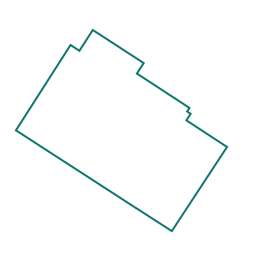 Lincoln, Idaho, United States of America (orthographic projection), rotated 213°
{"feature_id": "52423323B80872944248588", "entity_name": "Lincoln", "entity_type": "district", "adm_level": 2, "iso_a3": "USA", "parent_name": "United States of America", "parent_adm1": "Idaho", "projection": "orthographic", "projection_center": [-114.171, 42.982], "detail": "fine", "context": "isolated", "style": "outline", "palette": "teal", "viewbox_px": 256, "rotation_deg": 213, "n_neighbors": 0, "source": "geoboundaries", "source_scale": "gbopen_adm2", "svg_char_len": 334}
<svg xmlns="http://www.w3.org/2000/svg" viewBox="0 0 256 256"><g transform="rotate(213 128 128)"><path d="M35.1,65.4L34.6,166.0L83.2,166.2L83.2,174.0L87.4,174.1L87.4,178.3L150.2,178.5L150.2,191.0L175.3,191.0L210.9,191.0L210.8,166.3L221.4,166.3L220.7,65.0L81.4,65.2L35.1,65.4Z" fill="none" stroke="#0f766e" stroke-width="2"/></g></svg>